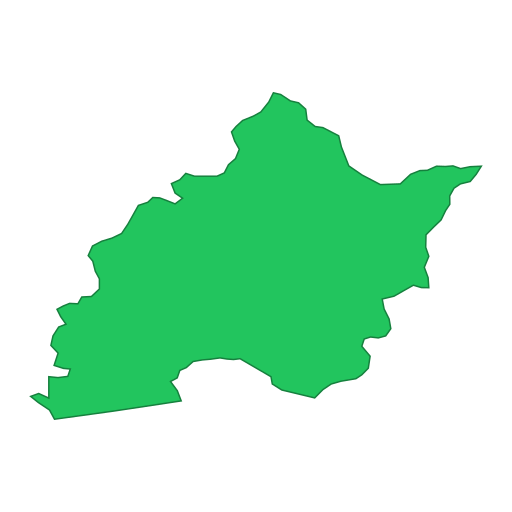 Galvão, Santa Catarina, Brazil
{"feature_id": "56859067B96587095974070", "entity_name": "Galvão", "entity_type": "district", "adm_level": 2, "iso_a3": "BRA", "parent_name": "Brazil", "parent_adm1": "Santa Catarina", "projection": "mercator", "projection_center": [-52.659, -26.443], "detail": "fine", "context": "isolated", "style": "filled", "palette": "green", "viewbox_px": 512, "rotation_deg": 0, "n_neighbors": 0, "source": "geoboundaries", "source_scale": "gbopen_adm2", "svg_char_len": 1754}
<svg xmlns="http://www.w3.org/2000/svg" viewBox="0 0 512 512"><path d="M273.4,92.8L268.8,102.0L260.8,112.0L253.4,116.1L242.6,120.5L236.1,126.5L231.5,131.9L234.7,141.1L239.3,149.3L235.5,158.6L228.5,164.7L224.3,172.9L217.0,176.2L204.6,176.2L194.5,176.2L185.8,173.4L179.8,179.8L171.4,183.6L175.1,193.1L182.6,198.2L175.1,203.9L168.4,201.2L159.7,197.9L152.8,197.5L147.8,202.3L138.4,205.4L132.7,215.6L127.8,224.3L121.6,233.5L112.0,238.1L101.8,241.2L92.5,246.0L88.2,255.6L92.8,261.2L95.3,271.2L99.4,278.8L99.4,289.0L91.4,296.5L81.8,297.0L77.9,303.8L69.6,303.4L63.2,306.0L57.0,309.3L60.7,316.7L66.0,324.2L58.7,327.0L53.0,335.9L50.9,345.4L58.1,353.1L54.1,365.4L63.5,368.4L70.3,369.0L67.8,376.4L58.0,377.6L48.8,376.7L48.8,385.6L48.8,398.1L38.7,393.5L30.7,396.4L38.3,402.5L49.5,410.0L54.5,419.2L114.8,410.9L181.2,400.9L177.3,390.7L170.5,381.5L177.2,377.9L179.8,370.4L186.3,367.6L193.1,361.5L202.4,359.9L210.6,359.2L220.0,357.9L226.8,359.0L233.5,359.5L240.1,358.7L271.0,376.7L272.3,384.0L281.8,390.0L314.7,397.9L322.9,389.6L331.2,384.0L341.0,381.2L355.9,378.7L361.8,374.8L368.3,368.2L370.1,356.2L361.8,346.3L364.2,339.0L370.5,337.0L378.3,337.9L385.7,335.9L390.8,328.7L389.1,319.0L384.1,309.0L382.2,299.0L394.0,296.2L403.8,290.6L413.4,285.2L421.4,287.6L428.8,287.7L428.1,277.6L424.3,267.3L428.8,256.3L425.7,247.3L426.0,234.8L433.6,227.1L441.1,219.9L445.7,210.4L449.8,204.3L449.7,195.9L454.0,188.2L460.4,183.9L470.2,181.5L476.2,174.3L481.3,166.2L470.2,166.7L460.6,168.6L453.0,165.9L445.5,166.5L436.5,166.2L427.4,170.3L419.9,170.6L410.6,174.3L400.3,183.9L380.4,184.6L362.2,175.1L348.8,165.9L341.4,147.0L338.7,135.8L322.9,127.6L315.1,126.5L307.1,120.1L305.7,109.2L298.6,102.8L290.3,100.9L280.7,94.5L273.4,92.8Z" fill="#22c55e" stroke="#15803d" stroke-width="1.5"/></svg>